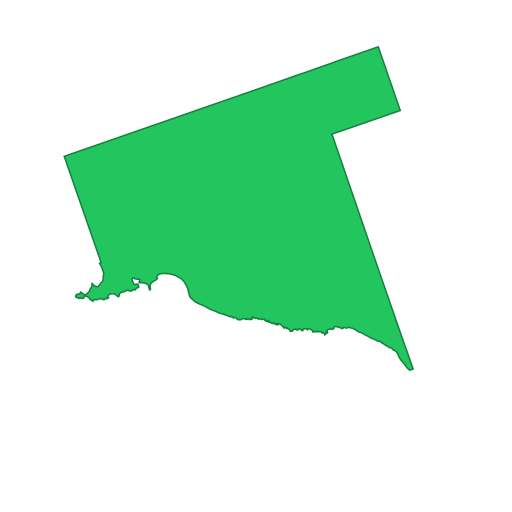 Tumby Bay, South Australia, Australia, rotated 71°
{"feature_id": "25037944B80191544000233", "entity_name": "Tumby Bay", "entity_type": "district", "adm_level": 2, "iso_a3": "AUS", "parent_name": "Australia", "parent_adm1": "South Australia", "projection": "albers", "projection_center": [136.189, -34.197], "detail": "fine", "context": "isolated", "style": "filled", "palette": "green", "viewbox_px": 512, "rotation_deg": 71, "n_neighbors": 0, "source": "geoboundaries", "source_scale": "gbopen_adm2", "svg_char_len": 6111}
<svg xmlns="http://www.w3.org/2000/svg" viewBox="0 0 512 512"><g transform="rotate(71 256 256)"><path d="M165.4,72.2L98.0,72.3L98.1,118.6L98.3,119.7L98.3,134.9L98.5,151.0L98.4,157.4L98.7,200.0L99.3,404.9L211.9,404.6L211.9,406.3L216.7,405.5L218.8,405.5L221.2,405.5L223.4,405.8L224.5,406.4L225.4,407.2L228.3,408.1L230.1,409.4L231.2,411.8L232.5,413.4L233.2,415.0L233.3,416.0L233.3,416.5L233.0,417.0L231.7,418.3L231.2,418.5L230.0,419.6L228.7,419.7L228.6,419.9L229.0,420.3L230.3,420.6L231.3,421.1L232.4,422.2L233.1,423.4L235.5,425.5L236.5,427.7L236.9,429.5L236.8,430.7L236.6,431.3L236.1,431.7L235.2,431.9L234.6,432.6L233.8,432.8L233.6,433.4L233.1,433.7L234.1,434.6L234.3,435.2L234.3,436.6L234.0,437.1L233.8,437.9L234.2,438.2L234.9,439.4L235.2,439.5L235.4,439.8L235.9,439.7L236.9,439.3L236.9,439.0L237.2,438.6L237.5,437.8L238.4,437.4L238.6,436.6L238.5,436.0L238.8,435.5L238.6,435.0L239.8,433.8L239.9,433.3L239.6,432.6L239.1,432.1L238.6,431.9L238.4,431.5L238.4,430.3L238.7,429.6L240.1,428.2L242.4,427.0L243.4,426.9L243.6,426.4L244.0,426.2L244.2,425.8L245.8,425.0L245.0,424.3L244.7,423.7L244.7,423.1L245.1,421.7L245.7,420.5L245.4,418.9L245.6,417.6L245.9,416.4L246.5,415.5L247.1,415.2L247.8,414.0L247.8,413.5L247.3,413.1L247.2,412.2L247.3,411.5L247.9,411.2L248.0,410.9L247.6,410.5L247.4,410.1L247.6,409.2L247.5,408.9L246.1,409.2L245.6,408.9L245.0,408.2L244.6,406.5L244.6,405.2L245.5,402.6L247.5,400.9L248.4,400.5L249.8,399.3L249.7,398.9L249.0,398.5L248.7,398.0L248.0,398.0L247.3,397.4L246.7,396.1L246.5,394.9L246.7,393.3L246.9,392.8L246.9,392.1L246.4,390.5L246.6,389.5L246.6,388.6L247.2,387.5L248.3,386.6L248.4,385.9L248.2,385.2L248.5,384.4L247.6,383.4L247.9,382.4L248.8,381.5L247.5,379.4L247.4,378.4L247.6,377.5L247.6,377.2L246.2,376.8L245.2,376.7L244.5,376.9L243.7,377.8L243.5,378.5L243.6,379.3L243.4,379.8L243.0,380.2L242.8,380.7L242.3,380.8L238.2,380.9L237.2,380.5L236.9,380.1L236.7,379.3L237.5,378.2L238.1,378.0L238.4,377.3L239.4,375.8L239.8,374.8L239.9,374.2L240.3,373.6L240.8,373.5L241.8,374.2L241.8,373.9L241.3,373.2L242.7,375.1L243.2,375.3L244.4,371.8L245.3,370.3L246.4,368.9L247.4,368.0L248.8,367.3L249.8,367.2L250.2,367.2L250.5,367.5L251.3,367.6L252.7,367.4L253.3,367.8L253.5,367.3L253.4,367.0L252.9,366.5L249.6,365.9L248.1,364.7L247.1,362.9L246.7,362.0L245.9,357.7L244.9,356.4L244.1,357.1L243.6,356.9L242.6,355.8L241.9,354.3L241.7,352.8L241.9,351.0L242.5,348.8L244.8,343.3L247.5,339.4L248.8,338.0L252.8,334.4L253.8,333.7L255.0,333.2L257.1,332.3L260.6,331.6L262.7,331.3L264.9,331.2L268.2,331.5L268.4,331.4L270.0,331.7L273.2,331.7L274.6,331.3L275.4,330.7L278.7,329.0L280.1,327.9L282.9,325.2L286.9,320.6L290.1,318.0L292.7,315.4L295.4,311.8L297.1,310.3L297.9,309.1L298.7,308.5L299.0,307.6L299.6,307.1L300.0,306.2L301.5,304.7L301.4,304.2L301.6,303.8L302.4,303.4L302.6,302.9L303.0,302.6L303.4,302.0L304.1,301.7L304.8,300.4L304.8,299.6L304.9,299.3L305.5,299.2L306.1,298.1L306.7,298.0L307.2,297.5L307.3,297.0L306.9,296.5L307.4,295.9L308.1,295.3L308.7,294.6L310.1,294.2L310.6,293.4L310.5,292.6L310.8,292.5L311.1,292.1L311.1,291.7L311.4,291.1L311.1,290.3L311.0,288.9L311.7,287.0L312.3,286.6L312.1,286.2L312.6,285.8L312.8,285.4L313.1,285.1L313.1,284.9L312.7,284.5L312.9,284.2L312.8,283.9L313.2,283.5L313.6,283.3L314.1,282.8L313.8,282.1L314.3,281.7L314.6,280.8L314.4,280.4L314.2,280.3L313.3,280.4L312.9,279.8L312.7,278.9L313.2,278.6L313.1,279.6L313.4,280.0L313.3,279.1L313.7,277.9L315.0,276.4L314.8,275.4L315.4,274.7L315.8,274.7L316.1,274.3L316.6,274.1L316.5,273.5L316.9,273.0L316.9,271.9L317.6,271.6L317.8,271.2L318.1,271.1L318.0,270.4L318.3,269.6L318.1,269.2L318.2,268.6L319.0,268.2L319.4,268.2L319.8,268.6L320.2,268.4L320.8,267.5L321.4,267.2L321.6,266.9L321.4,266.5L321.1,266.6L320.8,266.2L320.8,265.7L321.0,265.4L321.4,265.2L322.2,265.6L322.6,265.5L322.9,265.0L322.9,264.5L323.2,264.2L323.3,263.8L323.6,263.6L324.5,263.4L325.1,262.7L325.1,261.2L325.7,261.1L325.7,260.5L326.4,260.4L327.0,259.8L327.1,259.4L326.8,258.5L326.9,258.2L327.3,258.1L327.8,258.5L328.0,258.4L328.0,257.8L328.2,257.6L328.1,257.1L327.7,257.1L327.4,256.7L328.1,255.5L330.6,253.8L331.3,253.6L331.6,253.2L332.1,253.5L332.4,253.4L332.7,253.1L333.3,252.9L333.4,252.6L333.0,252.1L332.9,251.5L333.4,250.8L333.9,250.5L334.2,250.8L334.5,250.8L334.7,250.6L334.4,249.9L335.0,249.3L336.5,248.4L337.3,248.4L337.8,248.1L338.2,248.2L338.6,247.8L338.4,247.5L338.7,246.9L338.9,246.2L338.5,246.1L338.4,245.7L337.9,245.4L338.0,244.5L337.8,244.2L338.1,243.1L337.8,242.6L338.1,242.1L339.0,241.7L339.0,241.0L339.6,240.9L339.5,240.5L339.2,240.6L338.9,240.5L338.9,239.9L339.1,239.2L339.0,238.5L340.6,237.2L341.4,237.1L341.7,236.0L341.1,236.1L340.8,235.9L340.5,235.4L340.5,235.0L340.8,234.3L340.5,233.5L340.8,232.8L341.8,231.6L342.5,231.5L342.1,230.9L341.7,230.7L341.7,230.0L343.2,228.2L343.9,227.6L345.4,226.8L346.1,227.0L346.7,226.8L346.7,226.5L346.3,226.2L346.3,225.8L346.7,225.0L347.0,224.8L346.9,224.0L347.1,223.5L346.8,223.2L347.8,222.4L347.7,221.3L348.2,221.0L348.3,220.7L348.2,220.2L348.9,219.4L348.9,219.0L349.3,218.7L349.9,218.8L350.3,218.6L350.6,217.8L350.6,217.1L351.1,216.9L351.6,216.4L352.9,216.6L352.6,215.6L351.8,215.4L351.6,215.2L351.6,214.5L352.0,213.5L351.8,213.2L351.5,213.2L351.7,213.4L351.6,213.5L350.5,214.0L349.8,213.5L349.0,212.3L349.0,210.4L349.6,208.7L350.2,207.8L350.0,207.3L350.2,207.1L350.2,206.7L349.7,205.8L348.9,205.8L348.6,205.3L348.5,204.3L348.9,202.9L349.9,201.7L350.2,200.7L352.6,198.5L352.7,197.3L352.1,196.9L352.1,196.4L352.3,196.2L352.2,195.8L353.4,194.5L353.7,193.7L353.7,193.0L353.5,192.6L353.7,191.5L355.0,189.7L355.7,188.3L358.1,186.0L360.7,184.2L362.7,181.6L363.6,180.6L367.3,177.5L368.2,176.3L371.4,173.6L371.6,173.1L372.2,172.6L372.6,171.9L373.6,171.2L374.6,169.9L375.9,168.9L376.3,168.3L376.3,167.7L376.9,166.8L377.8,166.2L378.2,165.8L379.9,164.7L380.1,164.1L381.4,163.5L382.2,162.7L383.2,162.1L384.3,160.8L385.8,160.0L386.3,159.4L386.6,158.5L387.0,157.9L388.4,157.4L390.2,156.3L390.6,155.4L393.0,154.2L394.3,153.9L397.3,153.7L400.3,153.2L402.7,152.5L405.2,151.4L411.3,149.4L414.0,147.9L414.0,144.2L391.6,144.3L391.2,144.4L301.9,144.6L165.5,144.5L165.4,72.2Z" fill="#22c55e" stroke="#15803d" stroke-width="1.5"/></g></svg>